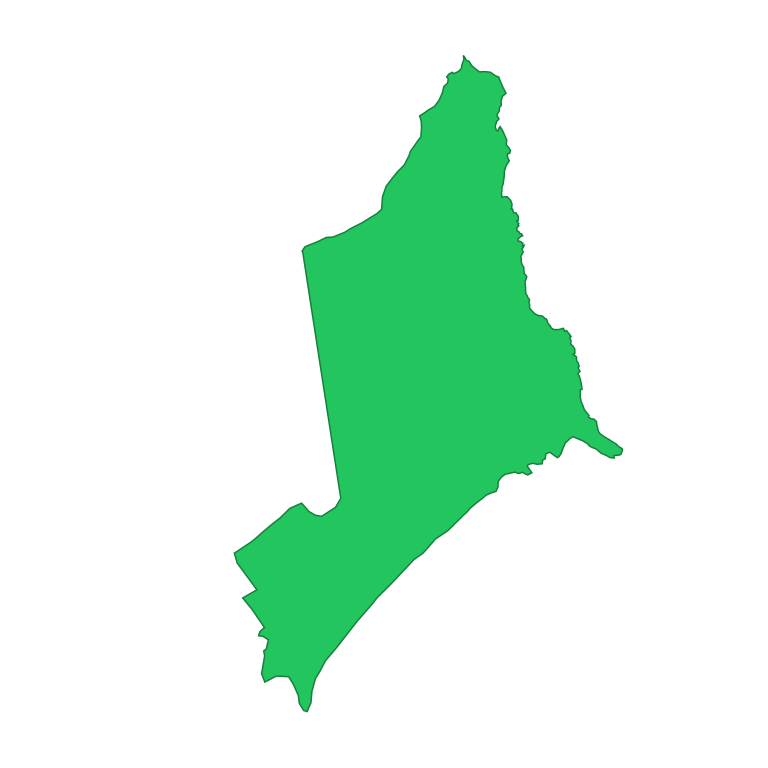 Akrotiri, Cyprus, rotated 249°
{"feature_id": "46923920B88253584339693", "entity_name": "Akrotiri", "entity_type": "district", "adm_level": 2, "iso_a3": "CYP", "parent_name": "Cyprus", "parent_adm1": "", "projection": "mercator", "projection_center": [32.972, 34.606], "detail": "fine", "context": "isolated", "style": "filled", "palette": "green", "viewbox_px": 768, "rotation_deg": 249, "n_neighbors": 0, "source": "geoboundaries", "source_scale": "gbopen_adm2", "svg_char_len": 4083}
<svg xmlns="http://www.w3.org/2000/svg" viewBox="0 0 768 768"><g transform="rotate(249 384 384)"><path d="M105.7,194.9L108.3,197.3L112.6,201.6L122.8,206.5L133.6,214.5L139.3,221.9L146.5,230.0L155.2,245.8L172.0,273.7L182.7,293.9L187.1,301.3L194.5,318.2L209.4,349.2L212.2,360.1L220.9,376.6L224.2,391.0L233.2,411.6L234.8,415.7L237.0,419.6L239.8,427.5L241.6,433.8L243.6,439.5L243.9,445.4L243.7,448.5L243.7,450.2L247.1,453.6L252.1,455.7L255.0,460.3L256.3,465.0L254.8,474.7L252.1,477.7L252.0,481.5L249.3,483.8L247.6,485.5L248.1,490.2L256.0,488.3L257.1,489.8L256.7,494.4L254.3,498.0L252.8,503.0L256.0,504.8L256.4,507.8L260.8,510.0L260.8,514.4L253.1,519.4L253.5,521.4L255.7,524.6L258.7,527.0L264.0,532.2L266.6,538.5L266.9,541.9L264.3,544.3L260.1,548.9L255.2,552.7L253.0,553.3L251.7,554.2L250.1,555.7L247.3,558.8L245.3,559.9L241.7,561.8L239.9,563.6L237.2,566.3L234.5,568.6L234.0,569.1L232.4,572.5L234.8,573.0L233.8,576.4L233.4,577.9L233.4,580.0L236.5,582.8L238.3,583.2L241.8,580.5L244.9,579.2L249.2,575.8L252.6,573.4L253.9,572.1L256.8,570.1L259.9,568.0L263.1,567.2L265.6,567.6L270.0,568.1L272.7,568.9L275.9,567.5L277.4,564.8L279.9,563.1L281.2,564.1L284.5,563.0L288.0,561.9L292.1,561.9L297.4,561.8L301.5,562.6L305.4,564.2L308.2,565.1L308.0,566.9L311.0,567.8L318.4,569.0L321.1,569.1L324.5,568.8L325.4,571.5L329.7,571.0L330.5,572.6L334.5,572.8L336.3,572.1L340.5,573.4L344.0,571.2L344.2,573.2L346.5,574.0L348.2,574.6L351.6,574.0L354.5,572.6L356.0,573.5L357.5,574.1L360.8,574.0L361.3,575.7L364.5,574.8L368.5,573.5L368.5,571.5L371.7,571.5L371.9,569.8L372.2,566.8L373.1,564.0L374.4,561.6L376.5,560.2L379.0,560.0L380.5,559.3L382.5,558.8L384.7,559.0L386.6,558.9L387.1,557.7L388.6,557.3L390.6,556.2L391.5,554.9L391.9,553.8L393.4,551.8L395.4,550.1L397.0,549.2L401.1,547.6L403.3,547.3L405.8,548.4L408.5,548.5L409.7,549.8L411.4,550.0L412.9,549.3L415.1,549.3L416.6,549.0L417.9,548.8L418.9,549.2L424.6,551.1L428.9,552.3L431.3,554.5L433.1,555.8L437.0,554.6L439.7,555.3L443.0,556.3L446.6,555.7L450.6,556.3L450.8,556.8L454.0,557.5L457.4,561.3L460.7,561.0L461.6,562.9L463.3,564.6L463.5,562.6L465.6,564.1L468.1,562.4L469.5,560.6L471.4,561.1L472.7,564.7L472.7,566.6L475.0,566.1L475.7,564.8L477.9,564.5L479.0,563.2L482.0,563.7L482.6,564.9L483.3,566.5L484.8,566.1L485.3,567.3L487.0,566.8L488.7,566.2L488.5,567.9L492.3,569.5L496.5,568.5L497.3,566.6L499.0,566.4L501.1,566.8L501.8,565.5L502.4,566.2L506.1,568.0L510.0,568.0L514.7,566.1L516.3,561.1L519.7,561.9L522.6,563.5L525.4,564.6L527.9,566.8L532.0,569.1L535.3,571.0L539.2,572.5L542.0,574.5L544.6,576.9L547.3,580.9L552.1,580.7L554.8,581.9L554.3,584.0L556.6,585.8L559.9,585.2L563.7,583.9L567.9,586.1L570.0,585.9L575.0,585.7L578.5,585.5L582.7,584.6L581.7,583.1L579.5,581.3L580.4,579.9L583.9,579.9L585.6,580.8L589.2,583.7L589.8,585.9L591.3,586.5L592.7,585.5L595.4,586.5L597.2,589.2L600.5,590.8L602.3,593.5L606.2,594.6L610.2,597.8L611.7,602.1L613.8,601.9L617.9,601.4L623.9,601.1L629.6,601.1L631.3,599.0L633.7,597.2L636.9,595.1L639.7,589.6L641.1,585.1L644.4,582.9L649.7,580.0L654.6,579.1L657.0,576.7L659.4,576.6L662.3,575.8L658.4,574.9L654.5,571.5L650.8,569.2L649.1,565.5L648.7,560.6L650.6,559.3L650.0,555.4L648.1,552.5L646.1,553.4L642.2,551.3L640.3,546.5L634.9,542.8L629.3,537.2L625.0,530.6L624.1,524.4L622.5,518.3L621.6,513.4L615.9,512.9L609.5,510.8L601.6,507.0L598.3,501.8L595.3,497.5L592.0,492.3L587.8,488.8L581.1,481.2L577.4,472.8L573.2,465.5L567.9,457.0L559.5,449.8L547.9,444.3L545.6,438.3L542.3,420.7L541.0,407.9L539.7,401.7L539.5,389.0L541.5,382.5L540.7,373.4L540.6,368.6L540.6,364.1L540.4,359.3L539.8,358.5L537.4,355.1L536.7,355.5L292.8,302.7L286.2,294.5L285.1,288.9L282.8,278.3L286.1,272.9L291.8,268.3L302.3,264.4L301.7,251.6L296.4,239.5L293.2,229.1L288.6,216.0L286.3,209.9L284.4,204.6L279.7,183.8L279.7,183.7L276.6,183.4L269.4,182.8L237.4,191.6L234.9,175.4L220.3,180.2L199.5,185.1L197.4,179.5L193.9,176.7L191.8,180.6L186.6,184.4L178.8,179.1L177.9,176.0L173.1,175.2L167.2,171.7L161.8,168.5L157.5,165.9L148.4,165.9L149.9,178.8L144.9,190.1L136.0,191.8L124.0,192.4L116.0,190.5L108.0,192.0L105.7,194.9Z" fill="#22c55e" stroke="#15803d" stroke-width="1.5"/></g></svg>